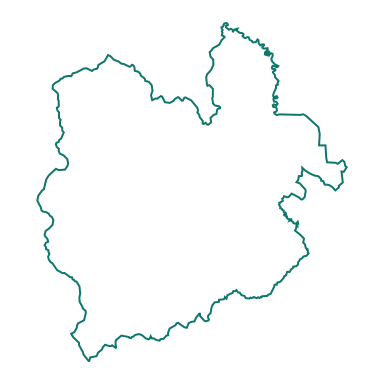 the district of Lampa, Puno, Peru
{"feature_id": "86281439B39417167218696", "entity_name": "Lampa", "entity_type": "district", "adm_level": 2, "iso_a3": "PER", "parent_name": "Peru", "parent_adm1": "Puno", "projection": "orthographic", "projection_center": [-70.526, -15.382], "detail": "fine", "context": "isolated", "style": "outline", "palette": "teal", "viewbox_px": 384, "rotation_deg": 0, "n_neighbors": 0, "source": "geoboundaries", "source_scale": "gbopen_adm2", "svg_char_len": 5853}
<svg xmlns="http://www.w3.org/2000/svg" viewBox="0 0 384 384"><path d="M237.5,28.7L234.6,29.5L232.6,32.3L233.2,30.3L230.9,28.7L229.0,29.8L226.1,27.4L225.8,25.8L227.9,25.0L227.3,23.4L225.9,23.0L224.2,23.6L222.9,26.7L221.4,27.3L221.4,27.9L222.7,30.2L221.8,31.4L222.5,32.8L221.8,35.4L223.6,36.0L224.6,37.1L221.5,40.3L219.3,44.6L212.9,48.3L211.3,50.7L209.7,51.9L210.5,56.6L213.2,59.5L213.4,64.7L211.0,70.1L207.0,74.4L206.2,77.5L207.0,84.8L207.5,85.8L209.4,85.1L212.9,88.8L212.8,96.7L212.2,98.4L213.1,103.5L214.9,105.5L218.9,106.2L220.1,107.2L220.0,108.3L218.1,108.7L217.2,109.6L216.4,114.0L213.8,114.8L210.5,117.9L211.1,122.4L208.2,124.7L207.1,124.5L205.7,122.8L203.8,123.9L202.7,123.6L202.7,120.8L199.8,117.3L199.3,115.0L197.4,112.5L198.1,110.0L197.0,107.3L191.1,100.3L185.6,97.5L184.4,97.6L182.9,100.5L182.0,100.8L178.6,97.3L177.8,97.2L174.9,98.9L173.7,100.8L169.8,102.9L164.9,102.2L162.2,96.7L160.9,96.1L157.1,98.7L155.6,98.5L152.2,100.2L151.0,95.2L152.5,90.8L151.7,85.2L148.8,81.8L145.4,81.0L144.6,78.5L140.7,75.4L140.5,74.0L138.4,71.7L134.8,70.9L134.4,67.1L133.4,65.4L132.0,64.8L130.3,66.5L129.3,66.7L124.1,64.1L121.0,63.5L118.7,61.5L113.9,59.8L110.4,56.2L108.1,55.1L104.5,61.3L98.3,65.0L98.1,66.8L96.9,68.8L93.7,69.5L92.0,71.0L86.6,68.3L83.9,68.5L76.9,72.2L72.8,73.4L71.2,76.2L68.6,75.9L64.1,76.8L62.5,78.5L60.5,78.8L59.6,80.5L55.2,82.9L52.8,85.2L52.7,88.9L57.4,92.9L58.1,94.9L57.9,99.4L58.6,100.4L58.8,106.0L58.5,106.8L56.9,107.7L56.9,108.6L57.6,110.7L59.0,112.3L59.0,118.0L60.6,119.8L60.0,121.8L60.1,125.5L62.2,127.7L62.3,130.7L63.8,132.4L61.2,138.5L59.2,140.0L58.6,142.0L56.4,142.8L55.9,144.4L56.7,146.9L58.8,148.7L58.7,150.8L59.7,153.5L63.9,155.6L67.3,159.1L68.1,163.5L67.6,165.7L65.0,169.6L58.6,170.1L56.0,168.8L48.7,175.5L46.2,179.6L43.9,189.2L41.9,190.7L38.2,195.9L37.3,200.7L40.8,207.3L41.5,210.4L42.8,211.5L46.1,212.1L48.8,213.8L49.7,215.4L52.0,217.2L53.4,220.0L52.5,224.8L49.0,228.6L45.7,230.9L44.6,234.8L44.8,235.9L47.4,238.9L48.2,241.7L46.0,242.7L44.6,245.4L45.9,247.0L46.1,249.1L48.5,250.3L48.5,252.1L49.4,253.7L48.1,256.8L48.9,259.7L50.5,262.1L52.5,263.3L57.1,270.1L62.7,273.2L64.5,273.0L70.0,277.0L72.1,277.3L72.5,279.4L74.0,279.9L74.8,281.2L76.5,281.6L79.5,286.5L80.2,293.8L79.4,297.2L79.6,301.8L82.5,307.0L82.6,308.1L85.7,311.1L85.8,313.1L84.1,320.2L78.0,323.4L76.9,325.7L76.8,327.8L74.3,332.2L71.2,333.8L73.3,337.3L79.0,342.8L79.1,345.3L82.7,351.7L83.7,354.8L88.6,361.0L89.3,360.9L90.2,357.4L96.5,356.2L98.2,352.5L101.9,349.6L103.0,347.0L105.0,344.8L109.5,346.1L111.0,346.1L112.0,345.3L115.7,347.9L116.1,347.0L115.5,344.0L115.8,340.3L121.4,335.6L128.7,337.0L129.5,337.9L130.9,338.2L131.7,337.0L133.3,336.6L135.2,334.9L139.1,334.1L141.9,335.1L145.7,338.3L148.5,339.4L149.8,338.6L150.7,336.2L151.9,338.4L153.7,338.4L156.4,340.0L159.6,340.7L160.4,339.2L163.6,338.8L166.4,335.6L168.1,335.2L168.1,332.6L169.7,328.5L175.5,325.2L176.5,323.3L178.0,322.8L184.5,327.3L186.8,327.8L188.6,323.2L191.2,321.9L194.5,321.4L196.1,317.5L199.3,313.7L199.9,313.7L200.2,316.2L204.2,320.6L205.6,321.3L208.5,320.5L208.9,319.5L207.9,317.2L208.3,315.4L210.6,313.1L211.4,308.1L212.4,305.3L214.6,302.4L218.9,301.8L219.0,299.8L223.6,299.3L224.6,298.6L224.9,297.1L226.5,298.6L227.4,295.2L232.7,292.8L233.2,291.2L235.3,291.1L236.4,290.1L238.1,292.5L239.8,292.7L241.5,295.1L244.5,296.0L245.6,298.0L247.4,298.4L249.2,298.5L250.5,297.6L251.7,298.2L253.8,297.0L256.6,298.2L258.0,297.3L259.5,298.0L260.9,296.9L261.6,297.2L262.2,296.2L267.3,295.9L268.1,294.8L270.7,293.8L274.2,286.7L274.5,285.1L275.5,284.4L276.7,284.7L277.5,282.4L279.6,282.2L281.3,280.7L283.9,277.5L284.0,276.4L285.9,275.5L287.2,271.8L289.6,272.0L291.1,269.4L293.2,267.8L293.2,266.6L296.1,266.3L297.9,264.7L298.2,262.3L300.2,259.2L302.2,258.2L303.2,256.6L306.7,255.7L308.6,253.2L307.8,252.6L307.9,250.6L307.0,249.9L307.5,249.1L305.8,248.0L304.9,244.3L303.2,242.6L304.0,238.6L300.0,234.5L295.0,230.6L296.1,228.3L296.6,225.1L297.4,225.9L297.3,224.5L298.2,223.9L297.7,221.8L296.0,223.8L293.5,223.2L293.2,222.0L291.5,221.1L291.4,219.8L289.6,220.6L290.4,219.2L288.4,219.2L286.7,217.8L287.0,216.8L285.4,215.9L286.4,215.3L286.1,214.4L285.0,215.3L284.0,214.8L285.3,212.5L283.8,212.1L283.7,210.5L282.3,210.0L281.6,208.5L280.2,208.2L280.4,207.2L279.0,204.6L279.8,203.3L279.4,202.8L282.8,200.9L282.2,198.7L283.3,198.0L284.1,196.2L287.1,197.3L288.5,197.1L291.7,193.6L298.9,197.4L301.1,199.4L302.5,199.4L304.7,197.0L305.7,191.0L305.4,189.6L299.8,183.4L296.5,182.2L298.2,180.0L298.8,176.1L301.7,176.0L302.1,175.2L301.7,173.1L302.4,170.9L302.3,167.7L305.0,170.4L309.9,173.5L314.6,175.6L318.2,176.2L321.2,179.1L321.2,180.7L323.4,181.2L324.6,184.5L328.7,184.9L332.2,186.9L335.3,190.4L338.6,187.6L339.1,186.6L338.8,185.8L342.8,182.5L341.5,171.5L343.7,171.9L346.7,167.3L345.2,165.8L344.4,161.9L342.4,160.1L337.7,163.8L335.8,162.8L327.1,162.3L326.2,157.5L325.5,145.4L319.1,145.4L319.7,133.8L318.4,127.1L305.8,115.6L303.2,114.3L300.2,114.9L279.8,114.4L276.7,115.0L274.4,113.5L274.1,112.4L276.1,111.6L276.9,110.6L276.7,108.5L276.0,107.4L273.2,106.8L272.8,105.2L273.9,104.4L276.5,105.4L277.6,103.8L276.1,101.7L274.0,101.6L273.4,99.0L274.1,98.3L276.8,98.3L277.6,97.5L276.7,96.1L273.7,97.3L273.1,95.8L273.7,93.0L276.0,88.1L276.0,85.5L277.0,84.6L278.6,84.9L277.3,84.1L278.5,80.8L275.0,77.1L274.9,75.1L273.0,72.5L273.1,71.6L275.3,70.4L275.3,69.2L272.3,68.8L271.8,67.4L272.8,65.8L276.8,67.1L277.7,67.0L278.3,66.0L275.2,64.6L272.2,61.6L271.3,58.9L272.7,55.9L272.5,53.8L271.1,53.3L270.2,53.7L268.9,55.7L265.0,54.5L265.0,52.8L267.9,53.5L269.4,52.4L268.7,51.3L267.2,51.9L265.8,51.7L267.7,49.2L267.5,48.2L263.8,48.6L262.4,47.8L262.2,47.2L264.1,45.2L263.9,44.5L262.2,44.3L260.2,45.4L258.6,43.2L258.5,40.2L257.5,39.5L255.8,42.1L252.7,42.4L251.8,40.8L249.8,40.0L248.5,37.2L247.0,37.2L245.6,38.1L244.5,37.9L242.5,36.1L243.5,34.6L243.4,33.9L242.2,33.1L239.7,32.8L236.5,30.5L237.5,28.7Z" fill="none" stroke="#0f766e" stroke-width="2"/></svg>